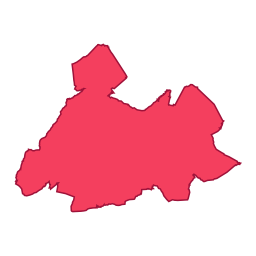 Panindícuaro, Michoacán, Mexico
{"feature_id": "50627088B83014075523686", "entity_name": "Panindícuaro", "entity_type": "district", "adm_level": 2, "iso_a3": "MEX", "parent_name": "Mexico", "parent_adm1": "Michoacán", "projection": "orthographic", "projection_center": [-101.781, 20.018], "detail": "fine", "context": "isolated", "style": "filled", "palette": "rose", "viewbox_px": 256, "rotation_deg": 0, "n_neighbors": 0, "source": "geoboundaries", "source_scale": "gbopen_adm2", "svg_char_len": 5763}
<svg xmlns="http://www.w3.org/2000/svg" viewBox="0 0 256 256"><path d="M240.6,163.2L240.1,163.1L239.3,162.6L238.2,162.6L237.8,162.8L237.2,162.0L237.3,161.4L228.9,156.7L224.1,154.7L223.9,153.8L222.3,153.0L216.2,149.3L214.4,146.0L213.4,143.5L213.7,142.1L213.0,139.8L213.1,138.2L211.3,134.7L217.7,131.4L220.1,129.1L219.5,128.0L219.9,128.0L220.3,128.9L220.9,128.7L220.8,127.1L221.3,127.1L221.4,126.6L222.1,125.1L221.9,125.0L222.0,124.0L222.4,124.0L222.5,123.7L221.7,123.5L223.7,121.0L222.6,120.5L214.1,104.3L197.5,88.5L197.5,87.2L195.4,87.0L192.3,84.7L191.5,84.6L190.5,84.6L189.6,85.6L187.9,86.5L186.4,86.3L185.1,87.1L184.6,87.1L175.0,105.1L173.5,104.5L173.2,105.7L170.5,105.3L169.5,104.9L168.7,105.0L168.5,104.3L169.9,97.7L170.2,97.7L170.4,97.2L169.9,97.1L169.0,96.5L169.9,95.8L169.7,95.5L169.9,93.7L169.8,93.0L170.0,93.0L170.3,92.0L170.5,92.0L170.7,90.9L170.1,90.6L170.1,90.3L169.7,90.1L168.3,90.2L168.1,90.8L167.1,90.9L167.1,90.1L166.8,90.1L166.8,90.9L166.4,90.9L166.3,91.4L164.6,92.2L165.2,92.1L165.7,92.6L164.7,93.8L164.4,94.1L164.3,93.9L163.6,93.8L163.4,94.6L163.1,94.6L163.1,95.2L162.3,95.5L161.8,95.5L161.0,95.9L160.9,96.1L161.5,96.4L161.2,96.7L160.5,96.8L160.0,96.7L159.7,97.5L159.1,97.9L159.4,98.5L159.3,98.8L158.8,98.7L158.5,99.4L158.5,101.2L158.3,101.2L158.2,98.9L157.9,99.4L157.3,99.3L157.4,99.6L156.6,100.8L155.2,102.0L153.6,102.8L152.9,103.9L150.8,106.0L149.1,106.7L146.2,109.2L145.4,109.4L145.2,110.1L144.4,110.5L143.0,110.6L141.9,110.7L137.0,109.8L134.2,107.8L132.6,108.3L131.4,107.2L130.6,107.0L129.8,106.4L128.4,104.6L128.0,104.9L127.5,104.2L123.7,103.5L121.3,101.1L118.4,100.8L118.3,100.3L117.5,99.5L114.7,98.4L113.8,98.3L111.3,97.2L110.8,97.4L110.5,97.8L109.5,96.8L109.2,96.2L108.0,95.8L108.6,95.1L109.7,95.0L109.6,94.6L109.8,94.5L109.8,94.2L112.3,93.3L111.2,92.6L111.8,91.8L112.7,91.6L113.2,92.7L113.8,92.8L111.8,90.1L111.3,88.9L112.0,88.2L112.6,88.0L113.1,88.3L114.3,88.6L114.6,88.3L126.0,78.4L125.7,77.6L126.5,77.7L126.9,76.8L125.4,74.1L112.6,54.3L110.9,52.1L108.6,48.1L108.7,47.2L107.7,46.9L107.8,46.0L107.2,45.6L106.1,45.8L105.3,45.6L104.9,45.8L104.9,45.4L104.0,45.2L103.2,44.4L102.2,45.0L101.6,45.1L101.5,45.3L101.8,45.3L101.6,45.6L98.3,44.6L97.8,44.7L97.4,45.5L96.6,46.0L87.5,55.6L86.8,55.8L86.3,56.4L85.7,56.6L84.8,56.9L84.0,56.8L82.9,57.4L80.3,59.7L76.9,62.1L73.6,63.7L72.1,64.1L73.3,74.0L73.9,80.3L74.3,82.6L74.5,85.2L76.0,86.2L76.0,86.5L75.4,87.2L74.7,89.0L75.6,89.4L76.8,90.7L78.0,90.8L80.1,90.2L81.2,90.1L81.7,89.4L82.8,89.3L83.5,88.5L84.2,88.6L83.8,88.8L82.1,91.0L81.9,91.5L80.4,92.2L79.4,93.5L78.9,93.8L78.0,93.9L77.7,94.7L77.3,94.7L75.5,95.7L74.8,95.6L74.0,96.6L73.3,96.9L72.8,97.9L71.6,98.1L70.5,98.8L69.6,98.9L69.5,98.5L69.0,98.7L68.4,98.7L68.5,99.1L67.4,98.9L66.8,99.5L67.0,100.7L66.5,101.3L66.5,102.0L66.0,102.7L66.4,104.6L66.1,105.8L65.2,106.1L64.2,107.6L63.7,107.7L63.0,108.2L62.3,109.2L61.8,110.3L60.5,111.7L60.5,112.3L61.0,114.0L58.8,117.1L58.3,118.4L57.5,118.9L57.0,121.2L54.8,123.5L53.8,124.1L52.9,125.0L52.6,126.4L51.1,128.1L50.2,130.0L48.9,131.1L48.0,132.1L47.2,133.4L46.8,133.7L46.5,135.5L45.2,137.2L42.0,138.5L40.7,139.6L40.2,140.3L39.9,141.0L39.5,143.2L39.6,145.0L39.3,145.4L39.6,146.7L39.9,146.7L40.1,147.0L39.9,148.9L39.4,149.9L36.5,150.0L35.3,150.3L34.0,150.8L32.4,150.6L31.0,149.6L29.9,149.8L28.5,149.3L28.4,150.2L27.9,150.8L27.5,150.8L27.1,151.4L26.7,151.3L26.0,151.9L25.5,152.6L25.0,154.4L24.5,157.8L23.4,159.2L23.4,161.0L22.5,161.0L22.1,161.6L22.2,162.7L21.3,165.1L20.8,168.3L20.7,168.1L19.7,170.2L17.9,171.6L17.5,172.2L17.0,174.0L16.5,174.6L16.3,175.6L16.6,176.2L16.5,176.6L15.9,177.2L16.9,180.4L16.2,180.5L15.8,181.2L15.4,181.1L15.8,181.4L15.9,181.7L15.7,181.8L16.0,182.1L16.7,181.6L15.7,183.9L18.2,185.3L19.6,186.4L21.7,188.9L22.6,193.7L24.0,194.4L24.4,195.4L26.7,195.8L29.9,195.0L32.6,194.0L34.4,192.8L36.1,192.5L38.8,190.5L42.1,188.6L42.3,187.8L43.8,186.3L44.1,186.6L44.8,186.4L45.7,184.9L45.7,184.0L46.0,184.2L46.1,183.5L48.3,182.4L49.1,181.5L49.7,184.5L50.3,184.6L49.3,187.8L50.1,187.6L50.4,187.9L50.6,189.1L56.5,184.3L56.6,183.4L56.9,183.1L58.3,182.9L57.6,183.8L57.7,186.7L56.8,191.7L65.6,193.6L74.3,196.9L73.7,200.1L72.5,202.3L72.5,203.3L71.1,206.3L71.3,210.6L71.6,211.1L72.7,211.6L80.8,211.2L83.6,210.9L86.1,210.4L87.9,208.9L89.6,208.4L93.1,207.9L96.4,207.8L96.2,207.6L96.8,206.4L96.9,205.5L97.6,206.1L98.2,206.2L97.9,207.1L99.3,207.1L99.3,206.9L100.8,207.2L100.8,206.5L102.8,206.1L103.2,205.9L103.9,204.9L103.9,205.1L104.3,205.0L105.0,205.2L106.9,204.8L107.5,205.0L108.3,204.6L108.5,204.1L108.8,204.0L110.4,204.2L112.4,203.7L114.6,204.3L116.1,205.2L118.2,205.4L119.7,205.3L122.0,204.5L124.9,204.2L125.2,201.5L126.2,200.8L129.4,199.6L133.7,199.3L134.5,199.1L135.6,196.7L136.0,196.3L137.0,196.3L137.9,195.3L139.9,194.8L140.6,193.8L141.1,194.1L141.4,193.4L141.4,192.3L141.6,192.0L141.7,189.6L146.6,189.3L147.1,188.8L148.0,189.1L148.2,188.6L151.4,189.7L151.9,188.2L152.5,188.4L152.5,188.7L153.3,188.6L152.3,187.6L152.3,187.0L152.4,186.4L152.7,186.5L152.8,186.3L153.3,185.9L153.4,185.1L153.6,185.0L154.3,185.5L157.3,186.0L158.6,188.4L160.4,189.0L161.2,190.8L162.8,193.0L163.9,195.9L166.8,199.5L168.8,201.5L172.5,199.7L174.5,200.2L177.8,200.4L187.6,199.8L188.2,198.4L189.7,192.4L189.2,189.8L188.6,189.5L188.4,189.0L188.8,188.2L189.2,186.2L189.1,185.0L189.9,185.0L189.6,183.8L190.1,183.4L191.5,181.2L192.5,180.4L193.3,178.8L194.3,177.7L194.8,177.7L194.9,177.2L194.1,176.1L193.3,175.7L193.0,175.0L193.9,174.2L196.0,175.5L197.1,177.0L198.3,178.0L199.4,178.1L200.2,178.4L200.4,178.7L200.4,179.4L201.2,180.0L202.1,180.1L203.5,181.5L204.6,181.5L207.5,180.4L213.4,179.8L214.4,178.8L215.1,178.7L215.7,178.8L215.9,178.6L216.9,178.4L227.0,172.2L235.6,164.9L235.9,164.9L236.1,165.3L237.0,164.7L239.0,164.1L239.5,164.5L239.4,165.0L239.9,164.0L240.6,163.2Z" fill="#f43f5e" stroke="#9f1239" stroke-width="1.5"/></svg>